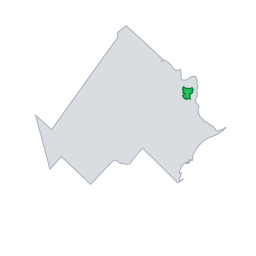 M'bout, Gorgol, Mauritania (highlighted), rotated 224°
{"feature_id": "47542326B11221851845412", "entity_name": "M'bout", "entity_type": "district", "adm_level": 2, "iso_a3": "MRT", "parent_name": "Mauritania", "parent_adm1": "Gorgol", "projection": "orthographic", "projection_center": [-12.565, 16.012], "detail": "fine", "context": "in_parent", "style": "filled", "palette": "green", "viewbox_px": 256, "rotation_deg": 224, "n_neighbors": 0, "source": "geoboundaries", "source_scale": "gbopen_adm2", "svg_char_len": 4512}
<svg xmlns="http://www.w3.org/2000/svg" viewBox="0 0 256 256"><g transform="rotate(224 128 128)"><path d="M112.9,211.1L112.6,211.0L111.2,210.0L110.6,208.9L109.5,208.0L108.0,207.5L107.0,206.8L106.5,206.0L106.0,205.5L105.4,205.3L105.4,205.0L105.5,204.7L105.4,204.0L104.5,202.5L103.7,201.8L102.9,201.9L102.6,201.7L102.3,201.4L102.2,200.9L101.7,200.4L100.9,200.3L100.2,199.1L99.7,197.1L99.1,195.5L98.3,194.3L97.7,193.9L97.3,193.8L97.2,193.6L97.1,193.3L96.4,193.2L95.5,193.5L94.8,193.4L94.4,192.8L93.8,192.8L93.1,193.2L92.4,193.1L91.6,192.3L91.1,191.6L91.0,190.9L89.6,189.4L86.9,187.2L83.9,186.2L80.6,186.3L78.8,186.2L78.4,185.8L78.0,185.8L77.6,186.2L77.2,186.3L76.7,186.1L76.4,186.3L76.3,186.8L75.2,187.1L73.0,187.1L71.2,187.4L69.9,188.0L68.0,188.3L65.5,188.1L64.0,187.9L63.5,187.5L62.8,187.4L61.9,187.6L61.1,188.6L60.3,190.5L59.7,191.6L59.2,191.9L58.7,193.3L58.4,195.7L57.9,196.8L58.0,190.8L58.8,188.5L59.1,186.6L60.6,182.2L62.5,178.7L64.2,174.0L64.9,169.4L64.8,164.9L64.4,160.9L63.6,158.2L62.9,154.4L61.8,152.3L59.6,150.5L59.2,149.5L59.7,149.1L61.0,148.9L61.9,147.5L60.1,148.0L62.2,143.9L62.9,141.0L62.9,139.1L63.3,138.0L61.8,135.4L60.7,132.2L60.1,131.7L59.4,131.4L59.3,132.2L59.0,132.8L58.2,132.4L57.0,130.1L55.2,126.3L54.6,125.9L54.0,126.4L53.7,126.9L53.0,130.0L52.8,128.8L53.1,127.3L53.6,125.5L54.2,123.0L55.8,123.1L58.7,123.1L64.4,123.2L67.3,123.3L73.0,123.3L75.9,123.4L81.6,123.4L84.5,123.5L90.2,123.5L93.1,123.5L98.8,123.5L101.7,123.6L103.6,123.6L103.5,121.8L103.4,120.4L103.3,118.5L103.1,116.6L103.0,114.7L102.9,112.9L102.8,111.2L102.7,109.5L102.6,108.0L102.5,107.2L101.9,105.4L101.8,104.6L101.9,103.7L102.3,102.8L103.4,101.3L105.1,100.1L107.1,98.7L108.5,97.7L109.3,97.4L111.6,97.1L113.4,96.3L115.1,95.5L115.9,95.1L116.0,93.6L115.8,61.5L124.4,61.5L126.6,61.4L142.4,61.3L144.6,61.3L156.1,61.1L156.0,59.6L156.0,57.4L155.9,54.4L155.8,51.5L155.6,46.2L155.5,44.0L157.8,45.4L162.4,48.3L164.7,49.7L169.3,52.5L173.9,55.3L178.6,58.1L180.9,59.5L183.2,60.9L185.5,62.3L187.9,63.7L192.6,66.5L194.5,67.6L197.5,69.5L200.4,71.2L203.2,73.0L199.0,73.2L193.3,73.4L189.5,73.5L185.5,73.6L181.8,73.7L182.2,76.7L182.7,80.0L183.2,83.3L183.7,86.6L184.2,89.9L185.7,99.8L186.2,103.1L186.7,106.4L187.2,109.7L187.6,113.0L188.6,119.7L189.1,123.0L189.6,126.3L190.1,129.6L190.6,132.9L191.1,136.2L192.0,142.9L192.5,146.2L193.0,149.5L193.5,152.8L194.0,156.2L194.5,159.5L195.0,162.8L195.4,166.1L196.4,172.8L196.9,176.1L197.4,179.4L197.8,182.8L198.3,186.0L199.9,187.6L201.9,189.7L201.4,192.7L200.9,196.4L200.3,200.3L194.9,200.5L189.7,200.7L176.6,201.0L173.9,201.1L160.8,201.4L158.1,201.4L153.0,201.5L151.5,201.5L151.0,201.2L150.8,199.1L150.3,199.3L149.8,199.9L149.5,200.5L149.6,201.4L149.6,202.1L147.9,202.4L145.6,202.9L143.2,203.3L140.7,203.2L139.9,203.1L139.0,202.8L137.1,202.5L136.0,202.5L134.8,202.6L133.4,202.8L132.9,203.1L131.9,204.7L130.9,206.4L130.2,206.4L129.4,205.5L127.3,203.7L124.7,201.3L123.6,200.1L123.0,200.0L121.7,200.8L120.7,201.6L119.6,202.8L119.1,203.9L118.8,205.2L118.6,206.8L118.2,208.6L117.3,210.1L116.3,211.2L115.5,211.7L115.2,212.0L112.9,211.1ZM61.1,144.9L60.2,146.2L59.9,145.7L59.8,144.8L60.5,143.6L60.9,143.0L61.5,142.8L61.1,144.9Z" fill="#d9dde1" stroke="#a8b0b8" stroke-width="1"/><path d="M106.6,188.9L106.6,189.1L106.4,189.1L106.5,189.3L106.4,189.5L106.2,189.7L106.0,189.8L106.0,190.0L105.8,190.0L105.7,190.1L105.5,190.3L105.4,190.5L105.2,190.7L105.1,190.8L105.0,191.0L104.9,191.1L104.8,191.3L104.7,191.5L104.4,192.0L104.2,192.0L103.6,192.1L104.5,192.9L104.7,193.0L105.5,193.7L107.1,195.1L107.1,195.5L107.0,195.8L106.8,196.1L106.5,197.1L106.5,197.5L106.4,197.7L106.4,197.8L106.3,198.2L106.3,198.4L106.4,198.5L106.5,198.6L106.8,198.9L107.0,199.1L107.1,199.3L107.7,199.3L107.9,200.7L107.9,200.8L108.6,201.1L109.6,201.4L109.7,201.2L110.1,201.0L110.4,199.8L110.6,199.6L111.3,199.0L111.7,198.6L111.9,198.4L112.3,198.0L112.6,197.8L112.9,197.5L113.0,197.3L113.1,197.0L113.3,196.8L113.5,196.7L113.8,196.7L114.0,196.6L114.6,196.6L116.5,196.1L116.4,195.9L116.5,195.5L116.3,195.1L116.2,195.0L116.4,194.4L116.3,194.5L115.9,194.4L115.7,194.3L115.7,194.1L115.5,193.9L115.1,193.6L114.6,193.5L114.4,193.6L114.0,193.4L113.7,193.4L113.4,193.1L113.4,192.6L113.4,192.1L113.2,191.9L112.8,191.8L112.6,191.6L112.1,191.8L111.6,192.2L111.2,192.4L110.9,192.4L110.9,192.1L111.0,191.9L110.9,191.7L111.1,191.6L111.1,191.3L111.2,190.8L111.1,190.4L111.1,190.2L111.0,189.9L111.0,189.7L110.8,189.4L110.9,189.2L108.3,188.6L107.8,188.5L107.3,189.0L107.0,188.9L106.7,188.9L106.6,188.9Z" fill="#22c55e" stroke="#15803d" stroke-width="1.5"/></g></svg>